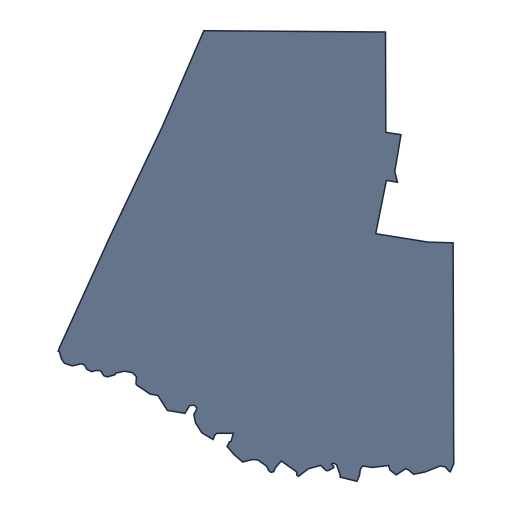 Hidalgo, Texas, United States of America
{"feature_id": "52423323B17892136313191", "entity_name": "Hidalgo", "entity_type": "district", "adm_level": 2, "iso_a3": "USA", "parent_name": "United States of America", "parent_adm1": "Texas", "projection": "albers", "projection_center": [-98.203, 26.412], "detail": "fine", "context": "isolated", "style": "filled", "palette": "slate", "viewbox_px": 512, "rotation_deg": 0, "n_neighbors": 0, "source": "geoboundaries", "source_scale": "gbopen_adm2", "svg_char_len": 1379}
<svg xmlns="http://www.w3.org/2000/svg" viewBox="0 0 512 512"><path d="M401.0,134.7L385.8,132.3L385.5,32.0L203.8,30.7L162.4,126.5L110.4,235.7L59.3,348.0L58.2,351.3L59.4,351.6L61.2,358.5L64.3,363.2L72.2,365.9L81.9,363.7L85.0,365.7L86.6,369.1L91.3,371.6L96.7,370.4L100.7,370.9L103.8,375.7L105.4,376.3L107.5,376.9L114.9,374.8L115.7,373.1L124.8,371.2L132.5,372.7L136.4,376.7L136.0,383.9L137.0,385.3L150.3,394.2L157.8,395.4L167.4,410.4L184.9,413.4L189.7,405.5L194.6,405.3L196.6,407.8L196.5,409.9L193.8,414.4L195.5,422.8L201.7,432.7L210.3,437.9L213.1,439.5L214.9,435.0L216.8,433.3L233.4,433.3L231.0,441.4L229.5,441.8L227.1,446.4L234.0,454.5L242.6,462.0L252.8,459.5L257.9,460.0L266.5,466.1L267.3,467.6L268.7,470.5L270.8,472.3L273.8,471.7L275.2,468.0L281.3,461.0L295.6,471.1L296.8,472.5L296.8,475.1L298.4,476.4L308.3,468.8L309.0,468.6L320.8,465.4L325.1,469.8L326.8,470.8L328.7,470.4L333.7,467.7L333.8,466.2L331.5,464.3L332.1,463.4L334.4,463.3L336.6,465.0L340.2,475.1L340.2,477.2L357.0,481.3L359.6,475.1L360.3,469.3L362.7,466.0L372.4,467.5L388.5,465.5L389.9,470.0L396.2,474.9L405.6,468.7L408.7,470.1L413.6,474.3L425.4,471.9L440.3,465.9L445.5,467.0L448.7,470.9L450.3,471.8L453.8,463.6L453.6,433.1L453.6,427.2L453.5,366.4L453.3,294.7L453.1,242.8L427.9,242.1L384.3,235.1L375.7,233.7L386.4,180.4L397.5,182.2L394.8,171.4L401.0,134.7Z" fill="#64748b" stroke="#1e293b" stroke-width="1.5"/></svg>